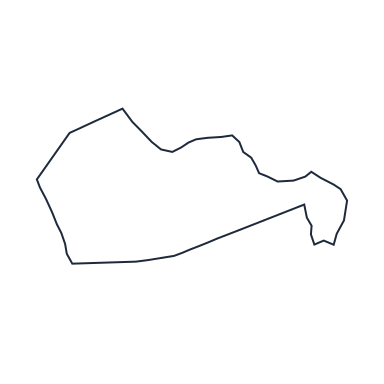 outline of Carmópolis, Sergipe, Brazil, rotated 337°
{"feature_id": "56859067B72449738877040", "entity_name": "Carmópolis", "entity_type": "district", "adm_level": 2, "iso_a3": "BRA", "parent_name": "Brazil", "parent_adm1": "Sergipe", "projection": "robinson", "projection_center": [-36.951, -10.667], "detail": "fine", "context": "isolated", "style": "outline", "palette": "slate", "viewbox_px": 384, "rotation_deg": 337, "n_neighbors": 0, "source": "geoboundaries", "source_scale": "gbopen_adm2", "svg_char_len": 838}
<svg xmlns="http://www.w3.org/2000/svg" viewBox="0 0 384 384"><g transform="rotate(337 192 192)"><path d="M274.9,215.8L267.5,207.2L261.1,200.9L261.0,192.4L259.9,183.5L254.8,175.2L255.1,164.5L251.1,155.6L240.5,152.8L227.5,148.2L216.4,145.1L208.1,145.1L199.3,146.8L189.5,147.4L180.1,140.7L174.5,130.2L169.3,116.3L164.5,104.2L160.6,88.1L130.9,88.9L102.4,89.8L54.1,119.8L53.8,128.6L54.9,141.6L55.3,156.5L55.0,168.9L55.7,178.6L54.9,190.2L52.6,200.0L53.8,211.2L113.2,234.2L124.6,237.4L150.6,243.8L159.4,244.2L168.2,244.2L176.5,244.5L187.1,244.7L197.0,244.7L208.6,245.1L224.6,245.6L290.4,247.4L287.7,260.5L288.9,269.8L284.9,277.5L284.1,288.2L294.3,288.2L301.8,295.9L308.9,287.0L320.8,277.5L331.4,260.5L329.9,247.4L325.3,240.5L316.0,229.3L309.7,220.0L302.3,222.1L290.0,221.2L274.9,215.8Z" fill="none" stroke="#1e293b" stroke-width="2"/></g></svg>